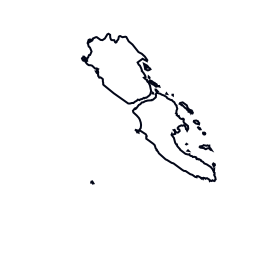 the district of Ko Lanta, Krabi, Thailand, rotated 324°
{"feature_id": "78962969B16427813486063", "entity_name": "Ko Lanta", "entity_type": "district", "adm_level": 2, "iso_a3": "THA", "parent_name": "Thailand", "parent_adm1": "Krabi", "projection": "robinson", "projection_center": [99.092, 7.662], "detail": "fine", "context": "isolated", "style": "outline", "palette": "ink", "viewbox_px": 256, "rotation_deg": 324, "n_neighbors": 0, "source": "geoboundaries", "source_scale": "gbopen_adm2", "svg_char_len": 6018}
<svg xmlns="http://www.w3.org/2000/svg" viewBox="0 0 256 256"><g transform="rotate(324 128 128)"><path d="M152.2,35.0L150.6,36.2L145.4,35.7L144.1,39.0L144.5,40.5L143.5,44.7L140.3,46.6L139.2,46.1L137.4,47.4L136.6,47.3L135.4,48.6L135.8,47.5L135.2,47.5L134.8,47.9L134.4,49.7L132.8,49.4L132.4,49.9L132.6,52.5L133.2,54.1L134.7,55.3L135.6,56.5L136.3,60.4L137.0,61.3L137.7,61.4L138.4,62.8L137.1,63.1L137.2,64.2L136.9,64.9L136.3,65.9L135.4,66.4L135.0,67.9L134.5,68.2L134.4,70.4L135.5,70.9L136.3,73.2L136.3,73.8L135.0,75.6L134.4,77.1L133.7,77.8L133.5,78.7L136.9,91.6L142.6,108.3L144.0,109.4L146.0,110.1L147.1,111.0L148.8,110.8L151.1,111.1L152.6,110.8L153.7,112.2L154.8,112.1L156.4,112.8L158.6,113.0L158.8,113.6L160.1,113.8L160.8,114.3L164.7,114.2L166.3,113.5L168.5,111.6L170.8,106.4L171.4,103.0L171.4,102.4L171.0,102.2L171.1,100.9L171.6,100.2L170.9,98.9L170.5,96.7L172.2,97.1L172.7,95.6L172.9,92.3L172.7,90.0L173.0,89.9L173.7,87.7L174.3,84.5L173.9,83.1L174.3,80.6L180.5,80.6L182.6,84.9L183.1,84.3L183.5,84.3L183.6,80.1L182.8,76.1L181.1,72.7L180.7,63.1L179.5,58.3L180.1,53.4L179.5,52.6L176.9,51.3L175.7,49.0L175.0,48.7L174.2,48.8L172.2,50.6L170.4,51.0L169.1,51.8L168.3,51.7L168.0,51.0L168.5,48.9L166.6,47.4L166.2,46.5L166.8,44.4L168.3,42.1L167.6,40.3L166.4,40.1L161.9,42.0L159.0,41.9L157.6,40.6L156.1,36.1L155.2,35.6L152.2,35.0ZM155.5,116.2L154.2,115.5L151.9,116.0L150.3,115.7L146.2,117.0L145.1,117.0L144.9,116.7L145.3,116.3L144.9,116.2L142.1,117.0L141.5,118.6L142.4,123.0L142.7,126.1L142.5,128.0L141.5,131.1L140.3,133.3L138.3,135.5L135.4,136.5L134.2,135.5L132.6,133.4L133.2,134.7L132.9,136.9L133.3,137.0L133.8,137.9L134.1,137.4L133.9,136.9L134.3,136.6L136.3,137.3L138.7,143.5L138.4,145.6L137.9,146.0L137.5,145.9L136.5,147.4L139.2,155.7L139.5,157.6L138.4,160.9L138.6,162.4L138.5,162.8L138.1,162.9L138.4,164.8L138.1,166.6L140.0,175.5L140.8,176.9L142.8,181.8L144.0,183.4L147.3,193.8L148.0,195.5L149.3,196.7L151.2,201.9L152.5,203.7L153.6,207.0L154.6,208.2L155.4,207.5L156.3,208.0L157.4,210.3L157.7,212.0L158.4,211.8L158.7,212.1L158.8,213.3L159.9,212.8L160.8,213.8L160.8,214.6L162.4,215.0L163.5,217.7L163.0,219.0L163.9,219.1L164.5,220.0L165.6,220.0L165.9,220.8L166.7,221.2L166.8,222.4L167.2,221.3L168.7,221.1L169.7,219.0L170.1,216.6L170.7,216.5L171.7,215.1L171.4,214.4L171.9,213.5L171.8,212.4L172.2,211.8L172.0,208.2L170.3,203.7L168.9,201.5L168.8,199.6L167.8,197.6L168.1,197.2L167.9,196.3L167.1,195.4L167.1,194.9L166.4,194.7L166.3,193.9L165.3,193.5L165.3,192.8L165.9,192.0L165.7,191.4L164.5,190.1L163.4,189.6L163.3,188.5L162.2,187.2L161.9,185.8L162.2,185.3L161.1,184.9L159.3,182.7L157.4,176.2L157.6,175.7L157.2,171.6L157.9,170.1L157.4,169.8L157.5,167.7L159.3,163.0L159.2,159.1L159.9,158.7L159.8,159.0L160.3,159.6L162.7,160.5L164.0,158.3L163.8,156.6L164.6,156.9L164.3,159.0L164.5,159.7L165.0,160.6L165.9,161.1L168.1,160.8L168.6,159.4L167.8,158.0L168.3,157.1L170.0,156.7L172.7,157.2L173.4,158.2L174.7,158.5L175.1,159.4L175.1,161.2L174.3,163.0L174.6,163.3L174.3,164.9L176.3,164.0L177.7,161.6L176.4,156.6L176.7,155.4L177.3,154.9L177.8,153.8L178.2,153.8L178.3,153.3L178.0,152.7L177.0,152.6L176.2,151.6L175.7,150.4L175.9,149.2L175.7,148.8L176.1,148.1L175.4,147.8L175.0,146.1L175.8,145.5L175.5,144.3L176.0,144.2L177.5,142.4L179.2,141.4L180.1,138.8L180.5,138.4L180.2,136.9L180.6,134.3L180.0,132.7L179.9,131.2L179.0,130.3L177.3,127.0L177.4,125.5L176.2,122.8L174.7,120.6L174.4,119.5L172.0,116.5L171.4,116.5L170.1,117.2L169.9,118.0L168.5,119.5L164.8,119.8L163.3,119.3L163.3,118.3L163.0,119.2L160.1,117.4L157.5,116.4L155.5,116.2ZM184.9,138.4L184.0,138.8L184.7,140.0L184.7,140.7L185.2,141.0L185.0,141.3L185.4,141.6L186.1,145.6L186.7,147.1L187.0,147.1L186.5,148.0L186.9,148.6L187.0,149.4L186.7,149.9L187.0,150.0L186.7,150.6L187.0,150.8L188.4,149.1L188.1,146.8L188.9,144.3L187.3,139.4L184.9,138.4ZM178.0,186.5L175.4,185.2L174.8,185.5L175.0,186.4L177.9,189.2L177.8,189.7L178.5,190.9L180.2,191.1L181.8,192.2L181.9,194.0L182.2,194.0L182.6,194.8L182.7,193.0L182.4,191.7L183.4,190.1L182.8,189.9L182.1,188.8L181.1,188.5L179.0,186.3L178.0,186.5ZM175.8,111.4L176.7,110.1L176.8,109.3L176.1,108.0L176.1,107.1L175.5,106.6L174.9,104.2L173.7,102.4L173.3,102.3L172.8,103.3L173.4,107.0L174.1,107.5L175.0,111.1L175.8,111.4ZM187.6,162.0L185.6,161.0L184.9,161.6L185.5,164.1L187.6,166.8L188.5,165.9L188.3,165.0L188.6,163.8L187.6,162.0ZM180.7,93.7L180.8,92.8L180.3,91.5L177.9,89.1L177.0,90.7L177.5,92.7L178.6,93.4L180.7,93.7ZM134.4,44.4L133.9,44.0L133.5,44.4L131.7,44.6L131.3,46.1L131.4,47.0L134.3,46.3L134.6,45.8L134.4,44.4ZM189.8,151.2L188.4,149.2L188.3,149.9L188.6,150.3L187.8,150.7L188.0,151.6L187.5,152.1L187.9,152.5L187.7,153.1L188.3,152.9L188.8,154.1L189.4,153.8L189.4,153.0L189.8,152.3L189.8,151.2ZM150.6,35.5L149.2,33.9L147.9,33.6L146.0,35.0L147.6,35.6L150.6,35.5ZM180.2,89.4L180.1,88.6L178.6,85.5L178.2,86.5L178.4,88.1L179.4,89.1L180.2,89.4ZM176.3,209.3L176.9,208.4L176.3,206.9L175.3,207.2L174.8,209.5L176.3,209.3ZM186.7,178.4L187.3,177.9L187.4,177.2L187.0,176.5L186.0,175.9L185.6,176.3L185.4,177.4L185.8,178.1L186.7,178.4ZM185.9,171.7L186.1,170.4L184.9,167.9L185.0,170.4L185.3,171.4L185.9,171.7ZM132.9,49.2L134.1,49.0L134.2,48.2L133.8,47.3L133.0,47.0L132.6,48.7L132.9,49.2ZM66.9,149.9L66.2,150.5L66.9,151.0L66.8,152.2L67.5,152.5L67.7,150.2L66.9,149.9ZM135.8,65.4L136.3,65.0L136.2,64.1L135.3,63.4L135.1,65.0L135.8,65.4ZM173.5,115.6L173.2,113.3L172.9,113.1L172.5,113.9L172.6,115.2L173.5,115.6ZM174.7,100.2L175.1,99.8L174.9,98.7L174.3,99.4L174.7,100.2ZM177.4,89.5L177.7,88.9L177.5,88.3L176.9,89.6L177.4,89.5ZM168.7,115.0L168.9,114.7L168.8,114.2L168.3,114.6L168.7,115.0ZM173.6,211.8L172.9,211.8L173.1,212.4L173.6,211.8ZM166.2,175.7L166.0,175.2L165.5,175.4L165.7,175.7L166.2,175.7ZM183.5,127.2L183.3,127.4L183.5,128.0L183.9,127.5L183.5,127.2ZM176.8,91.6L176.9,90.2L176.6,90.7L176.8,91.6ZM163.4,181.4L162.9,181.5L163.5,182.1L163.4,181.4ZM132.2,48.0L132.4,47.5L132.4,47.2L131.9,47.6L132.2,48.0ZM177.7,112.9L177.9,112.3L177.6,112.1L177.4,112.5L177.7,112.9ZM179.5,122.6L179.1,122.8L179.5,123.2L179.5,122.6Z" fill="none" stroke="#020617" stroke-width="2"/></g></svg>